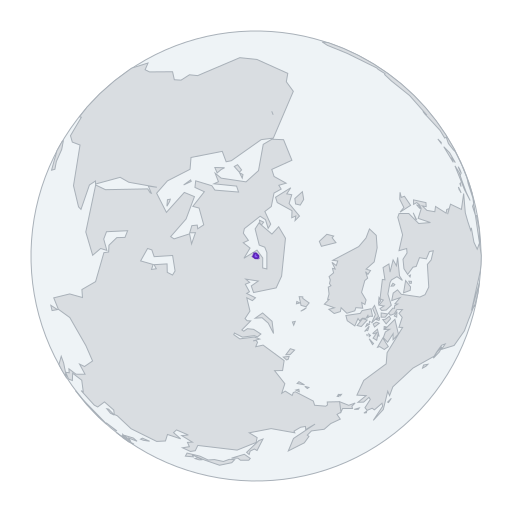 Pirkanmaa on an orthographic globe, rotated 139°
{"feature_id": "FIN-3186", "entity_name": "Pirkanmaa", "entity_type": "Region", "adm_level": 1, "iso_a3": "FIN", "parent_name": "Finland", "parent_adm1": "", "projection": "orthographic", "projection_center": [23.692, 61.717], "detail": "fine", "context": "on_globe", "style": "filled", "palette": "violet", "viewbox_px": 512, "rotation_deg": 139, "n_neighbors": 0, "source": "natural_earth", "source_scale": "10m", "svg_char_len": 12228}
<svg xmlns="http://www.w3.org/2000/svg" viewBox="0 0 512 512"><g transform="rotate(139 256 256)"><circle cx="256" cy="256" r="225" fill="#eef3f6" stroke="#a8b0b8"/><path d="M47.0,172.0L51.6,161.7L85.6,108.6L91.9,101.8L96.2,97.8L129.1,73.5L104.9,89.3L113.5,82.0L124.5,74.3L123.2,75.8L137.1,68.6L147.8,62.8L165.2,58.5L177.2,63.8L170.9,65.5L174.5,66.9L182.7,65.0L187.3,63.5L211.0,68.4L238.5,67.5L246.8,63.0L245.3,67.5L260.7,56.6L275.3,55.0L259.0,59.5L257.5,62.2L267.6,62.2L268.2,64.9L273.4,66.6L273.3,70.0L263.8,72.8L263.5,75.2L270.6,75.1L275.0,78.7L264.5,78.4L271.1,84.8L256.3,91.4L228.5,89.2L220.5,97.0L192.2,105.9L194.9,108.4L185.9,113.8L185.7,118.9L180.6,119.5L184.9,123.1L189.7,121.7L193.2,122.9L193.5,125.9L186.9,126.9L185.8,125.6L184.1,127.5L180.6,126.8L182.5,128.8L174.5,130.0L182.8,133.3L176.8,138.0L171.4,137.6L171.5,131.8L159.2,117.5L153.8,115.9L146.0,119.2L132.2,137.2L126.4,138.1L118.8,143.6L122.2,145.6L129.3,142.1L133.7,147.5L142.0,143.0L144.9,144.6L153.6,142.6L152.7,149.3L147.2,157.1L140.0,159.2L137.4,162.8L144.6,166.2L131.5,175.8L123.6,192.2L120.1,194.2L112.8,187.8L111.9,173.8L102.4,166.8L108.9,178.0L100.3,183.3L99.0,187.1L99.7,190.9L103.2,191.6L100.3,195.0L92.7,184.8L95.2,181.6L97.6,184.7L97.1,178.3L92.0,172.1L88.0,175.6L84.4,163.6L81.5,166.0L79.1,165.0L84.0,161.8L75.2,167.5L70.4,156.4L58.3,166.9L69.7,151.3L73.5,143.2L77.1,134.6L75.0,136.0L82.5,123.4L84.6,116.0L78.6,119.3L70.6,128.8L63.0,141.8L63.8,142.5L60.0,151.4L56.0,153.4L48.3,171.6L45.2,176.9L42.0,185.6L39.8,193.3L37.0,204.1L37.4,206.4L37.0,214.6L34.5,220.8L36.2,221.2L34.7,230.0L35.3,251.2L34.6,250.9L34.8,276.3L39.0,299.4L39.9,308.5L39.0,309.0L41.4,316.7L41.5,318.7L54.3,349.2L63.9,368.1L65.6,374.1L61.6,369.8L61.9,370.4L53.8,355.4L46.9,339.8L41.2,323.8L36.7,307.4L33.4,290.6L31.4,273.7L30.7,256.7L31.3,239.7L33.2,222.7L36.3,206.0L37.9,200.2L39.4,194.5L39.6,193.3L47.0,172.0ZM55.2,169.0L46.7,193.5L48.3,182.7L48.6,184.0L51.4,177.1L55.6,166.0L58.0,157.3L55.2,169.0ZM58.6,172.8L59.8,169.0L59.1,172.4L58.6,172.8ZM189.2,62.5L182.8,64.7L175.2,65.6L180.4,63.3L189.2,62.5ZM203.9,62.1L201.1,63.8L197.3,61.5L200.1,61.3L203.9,62.1ZM252.5,59.4L247.2,59.8L252.2,58.5L252.5,59.4ZM274.2,66.3L275.5,65.3L277.6,66.7L274.2,66.3ZM153.5,139.1L153.5,140.8L151.9,140.3L153.5,139.1ZM157.2,136.7L155.3,134.9L156.7,133.5L157.9,134.6L157.2,136.7ZM279.4,73.2L282.5,75.8L277.7,73.6L279.4,73.2ZM159.2,139.3L159.6,131.3L162.2,128.9L168.8,131.4L159.2,139.3ZM283.2,77.6L290.7,84.1L294.3,82.4L288.5,91.2L284.0,82.5L277.6,80.0L282.2,79.7L283.2,77.6ZM191.0,120.0L186.0,121.6L189.9,117.6L191.0,120.0ZM192.7,117.1L199.8,103.6L207.5,102.9L203.5,107.4L213.2,104.6L213.5,110.8L208.2,113.8L203.2,113.0L207.1,116.1L192.7,117.1ZM284.1,95.1L284.5,97.2L282.2,95.5L284.1,95.1ZM194.9,123.1L195.6,120.3L202.3,119.4L202.0,124.9L200.0,123.4L194.9,123.1ZM215.6,100.8L220.5,101.3L222.1,106.5L224.2,107.4L214.1,110.9L215.6,100.8ZM198.6,125.1L201.7,127.7L198.9,130.9L194.6,125.8L198.6,125.1ZM204.2,117.0L207.3,116.9L205.5,118.7L204.2,117.0ZM190.5,143.9L191.2,140.4L194.8,139.6L190.5,143.9ZM203.1,128.5L204.1,127.4L205.5,126.7L206.9,129.1L203.1,128.5ZM215.9,114.4L215.6,116.6L220.2,113.2L221.5,117.2L214.5,118.9L218.1,119.8L218.5,121.0L212.4,121.1L215.9,114.4ZM212.8,129.6L204.4,133.4L202.3,140.0L199.0,140.9L203.1,130.1L212.8,129.6ZM213.1,124.6L212.2,127.8L208.6,127.1L207.1,124.4L213.1,124.6ZM224.9,119.3L224.7,112.8L226.2,112.7L224.9,119.3ZM212.9,131.6L214.9,130.7L213.2,132.2L212.9,131.6ZM222.0,123.2L221.7,120.9L223.5,120.8L222.0,123.2ZM219.3,130.8L216.5,132.0L215.4,130.1L219.3,130.8ZM221.1,127.4L223.6,127.8L216.6,128.8L220.7,126.4L221.1,127.4ZM223.8,123.5L224.7,122.6L223.6,124.4L223.8,123.5ZM225.3,137.2L216.7,138.8L214.1,134.7L222.8,133.7L225.3,137.2ZM228.8,479.6L226.4,479.3L210.9,472.5L217.5,469.3L215.6,464.8L198.1,449.8L202.0,442.6L197.2,437.9L187.3,436.4L181.7,430.4L175.7,428.5L138.1,416.3L126.4,403.8L112.2,373.0L118.8,367.6L119.8,355.8L165.6,333.6L175.7,340.4L212.1,344.1L216.7,346.7L212.8,357.1L240.4,373.0L248.9,364.7L273.6,370.8L289.8,368.6L295.0,347.7L268.4,351.0L263.5,341.2L284.5,329.8L307.7,326.6L306.6,322.7L291.6,316.3L296.7,307.4L286.4,313.3L290.8,317.0L284.5,321.0L280.1,317.9L282.1,314.8L275.0,313.8L267.5,329.5L271.1,334.9L252.8,338.4L257.1,347.8L252.2,352.3L243.2,338.0L243.8,332.7L227.2,315.7L224.8,321.5L240.4,338.1L235.6,336.7L232.5,345.3L231.2,337.6L214.9,318.5L198.1,318.8L177.3,335.5L167.4,333.7L158.9,325.7L166.1,304.7L187.3,311.0L190.2,304.2L185.5,291.2L192.4,294.4L193.1,290.0L201.1,291.7L212.0,283.3L220.1,283.8L224.0,270.4L228.7,268.9L225.0,277.2L226.8,283.3L246.8,284.3L250.6,281.5L251.5,272.8L256.9,274.4L255.3,265.9L266.6,262.2L251.4,259.8L252.2,250.1L258.8,242.6L256.3,239.1L245.5,251.5L243.6,256.9L246.4,262.1L238.9,277.0L232.1,279.0L229.6,262.1L219.7,263.2L222.1,250.1L249.9,224.0L261.7,218.7L281.8,230.0L279.2,236.5L270.7,235.6L278.9,245.3L278.1,240.2L282.6,241.7L284.4,233.3L287.6,233.9L283.8,224.8L288.0,224.7L290.4,230.5L296.7,218.4L305.3,216.0L305.2,213.0L302.6,210.5L315.2,209.5L314.6,207.3L310.2,206.8L305.9,202.2L303.5,193.9L308.0,194.0L309.5,197.0L319.5,203.7L322.8,212.0L324.4,211.2L322.6,204.1L310.4,195.9L307.7,190.9L313.9,193.8L311.4,192.4L311.4,189.9L315.7,187.7L309.1,184.1L303.4,158.6L311.1,152.1L317.2,157.3L318.0,140.7L326.7,135.5L322.6,134.9L320.2,127.0L317.4,128.5L315.3,127.6L307.9,108.9L309.7,104.9L301.9,96.9L299.8,96.7L298.0,99.1L288.5,91.2L294.3,82.4L298.8,83.3L299.4,77.6L309.5,80.5L318.2,80.5L328.9,87.6L334.8,87.2L334.4,85.1L342.1,83.3L359.5,87.7L347.4,93.7L321.7,90.4L332.4,92.4L330.5,94.9L334.7,97.5L342.2,98.9L342.7,97.1L357.8,115.8L377.1,127.0L374.3,118.2L378.2,115.2L397.6,121.9L424.2,151.2L429.6,148.9L433.7,151.5L437.3,159.5L431.4,155.8L430.0,160.3L426.1,157.2L429.9,169.2L424.5,165.3L430.1,176.9L434.1,176.8L432.8,167.4L439.9,179.4L445.7,175.8L452.6,181.2L463.6,207.6L465.5,226.4L466.9,229.4L464.4,233.1L466.1,245.3L474.5,245.9L475.9,249.6L476.3,269.1L475.4,266.9L469.0,276.6L471.3,287.8L476.3,282.5L478.2,286.2L475.9,293.1L473.6,290.4L471.2,293.6L469.4,284.9L462.6,278.9L460.1,290.2L457.9,285.1L448.2,284.0L443.2,299.9L436.9,331.7L440.1,345.5L436.1,357.1L421.5,349.6L414.2,338.5L409.4,344.9L393.9,341.9L368.6,358.3L364.6,355.7L359.9,360.6L349.0,361.2L342.7,356.0L336.3,359.3L352.9,372.4L359.8,368.7L364.9,358.1L368.3,363.6L378.8,363.7L368.7,385.8L330.4,414.8L326.1,404.8L293.7,377.7L294.4,373.2L294.2,372.8L293.8,372.0L291.4,379.4L285.7,372.9L303.6,395.1L306.9,404.5L329.9,415.6L327.9,417.9L335.1,418.9L357.5,406.0L357.7,409.5L347.6,428.8L316.0,455.2L319.9,462.5L317.1,468.5L296.8,475.3L297.9,476.9L287.3,478.9L286.4,479.2L267.2,481.0L248.0,481.1L228.8,479.6ZM150.4,351.3L149.2,354.9L150.4,351.3ZM332.9,332.8L346.3,328.0L339.2,317.1L343.7,314.4L339.6,311.8L338.6,316.3L328.3,308.4L333.7,301.9L331.5,296.4L326.9,297.8L318.6,311.1L333.3,322.3L330.6,329.0L332.9,332.8ZM35.4,251.8L35.2,255.6L34.8,252.1L35.4,251.8ZM46.9,183.4L45.9,187.7L44.8,190.8L45.3,187.8L46.9,183.4ZM42.4,219.5L42.0,225.0L41.7,220.2L42.4,219.5ZM45.7,197.3L42.6,215.3L42.1,206.9L44.3,195.7L43.8,202.1L45.7,197.3ZM55.7,173.8L54.7,176.8L53.9,177.0L55.7,173.8ZM58.0,175.3L58.2,174.4L59.4,172.3L58.0,175.3ZM100.7,183.9L101.2,184.8L101.2,188.9L99.7,187.5L100.7,183.9ZM110.3,204.5L105.5,209.6L107.9,204.9L104.8,203.7L106.1,192.8L118.5,194.6L112.6,195.6L110.3,204.5ZM111.2,179.0L109.0,185.5L110.9,178.4L111.2,179.0ZM189.2,265.4L192.0,269.3L189.0,273.9L178.8,274.1L182.9,267.4L189.2,265.4ZM196.6,273.9L197.0,257.6L203.3,257.1L199.7,260.1L203.9,261.4L199.1,266.6L204.9,282.4L202.7,287.5L185.0,284.7L192.0,282.7L188.8,278.8L196.6,273.9ZM186.6,219.8L186.9,213.6L200.3,220.4L198.6,225.5L188.3,225.9L184.3,220.1L186.6,219.8ZM170.6,145.6L169.9,143.4L171.7,143.0L173.8,144.6L170.6,145.6ZM190.5,142.3L176.0,155.4L174.3,153.4L167.7,163.9L160.9,162.8L165.4,155.9L155.1,163.1L156.4,156.5L150.0,162.0L160.7,146.9L161.5,141.5L163.2,147.9L169.5,149.1L172.5,147.9L181.4,140.8L186.2,130.1L193.2,129.8L196.9,132.5L196.8,135.0L192.2,134.3L195.4,138.2L188.8,139.2L190.5,142.3ZM236.0,168.0L230.8,165.5L236.0,174.8L229.4,175.3L230.4,176.3L225.8,179.4L221.9,185.1L218.9,184.4L218.7,186.9L215.6,189.2L214.4,192.5L208.5,192.4L206.4,196.5L204.8,194.2L202.8,201.4L201.7,196.1L197.6,198.6L200.9,202.4L172.3,195.7L161.2,197.4L152.6,202.0L151.7,192.7L159.2,182.7L170.7,174.0L181.5,173.9L179.1,169.9L183.6,168.7L183.6,172.3L186.3,166.0L190.0,166.1L200.2,159.3L201.8,150.6L205.6,148.0L206.8,151.5L209.7,146.6L214.5,151.5L217.4,149.8L225.0,153.2L225.7,161.1L228.8,158.7L234.7,161.3L236.0,168.0ZM227.3,138.4L229.6,147.3L227.2,152.1L215.0,144.3L211.7,145.2L203.8,140.7L207.6,134.0L209.5,135.8L212.2,136.1L209.9,138.1L213.8,136.7L216.6,139.3L220.3,139.0L220.0,141.9L227.3,138.4ZM221.8,343.2L225.3,344.1L230.8,344.2L229.0,349.8L221.8,343.2ZM210.4,330.4L213.6,330.2L213.7,337.8L210.0,337.0L210.4,330.4ZM215.3,323.8L213.8,329.6L212.4,326.0L215.3,323.8ZM228.0,276.5L231.3,275.9L231.7,277.9L229.9,280.8L228.0,276.5ZM250.1,197.0L247.5,194.5L248.5,193.3L246.7,185.7L251.5,184.9L254.4,189.2L250.1,197.0ZM290.6,352.0L285.9,356.6L283.4,355.1L285.5,353.8L290.6,352.0ZM256.0,354.8L264.0,357.1L255.4,356.3L256.0,354.8ZM255.0,194.9L253.7,191.8L256.9,193.4L255.0,194.9ZM254.8,184.0L258.5,185.0L251.8,183.9L254.8,184.0ZM354.0,454.9L337.1,466.1L327.0,469.7L325.9,469.3L332.7,463.9L344.7,458.3L350.9,453.4L354.0,454.9ZM477.5,296.8L475.9,303.4L468.8,308.1L471.4,301.4L478.0,289.8L477.7,292.6L479.0,287.8L478.7,290.2L477.5,296.8ZM480.6,273.0L480.5,271.6L480.6,266.2L480.9,261.3L479.2,231.3L479.2,227.0L480.5,237.5L480.5,236.9L481.3,254.9L480.6,273.0ZM441.0,345.8L445.7,348.6L443.2,353.4L441.0,345.8ZM476.3,216.1L478.5,228.5L475.7,215.2L476.3,216.1ZM473.3,206.1L474.3,207.9L473.6,208.9L473.3,206.1ZM469.0,232.8L468.8,238.6L467.7,237.1L467.3,228.8L469.0,232.8ZM457.8,186.0L461.9,190.8L463.3,193.5L461.2,193.0L457.8,186.0ZM293.6,186.0L290.8,197.3L291.9,205.4L297.4,209.6L288.4,208.7L286.7,196.2L293.6,186.0ZM301.7,161.8L296.8,158.5L299.6,156.9L301.1,157.5L301.7,161.8ZM298.2,161.9L290.9,163.5L288.6,159.7L294.9,159.2L298.2,161.9ZM273.0,179.0L271.8,182.3L269.3,180.9L273.0,179.0ZM475.7,206.0L475.8,207.6L477.2,214.5L473.4,198.2L473.9,198.9L474.5,201.3L475.7,206.0ZM474.1,202.1L475.5,208.5L473.3,200.1L474.1,202.1ZM475.2,208.5L474.2,206.3L473.7,202.7L475.2,208.5ZM473.6,199.6L471.5,194.1L472.2,194.8L473.6,199.6ZM471.5,202.1L472.3,197.9L473.1,207.2L468.0,199.1L467.3,194.2L471.5,202.1ZM434.9,143.1L432.2,142.1L430.1,137.4L432.6,139.4L434.9,143.1ZM420.8,122.0L428.7,135.8L434.6,147.5L435.1,145.5L440.6,151.3L437.3,152.5L429.6,141.7L426.0,133.5L420.9,129.6L415.4,122.3L409.6,120.1L405.7,116.3L409.9,115.9L420.8,122.0ZM407.1,119.5L394.9,114.0L393.1,107.0L395.4,106.6L401.7,112.0L402.3,115.3L407.1,119.5ZM391.4,110.7L391.9,114.0L374.9,114.8L370.8,113.3L382.8,108.5L383.9,111.4L388.4,112.6L391.4,110.7ZM286.8,96.8L284.7,97.2L285.7,95.5L286.8,96.8ZM313.9,128.7L311.1,127.3L312.4,125.2L313.9,128.7ZM304.2,122.3L304.7,125.6L302.3,122.1L304.2,122.3ZM306.0,133.0L303.9,126.9L308.6,132.8L306.0,133.0Z" fill="#d9dde1" stroke="#a8b0b8" stroke-width="1"/><path d="M256.6,253.5L256.7,253.8L256.8,253.8L257.0,253.9L257.1,254.0L257.3,254.3L257.4,254.2L257.5,254.1L257.7,254.3L257.8,254.4L257.8,254.5L258.0,254.7L258.2,254.8L258.3,255.1L258.3,255.4L258.3,255.5L258.4,255.8L258.3,256.0L258.4,256.3L258.2,256.2L258.1,256.3L258.1,256.5L258.3,256.5L258.3,256.8L258.4,257.0L258.2,256.9L258.2,257.0L258.3,257.1L258.3,257.3L258.3,257.5L258.2,257.7L258.1,257.8L258.1,257.7L257.9,257.7L257.7,257.6L257.3,257.9L257.2,257.9L257.1,258.0L256.9,258.2L256.8,258.3L256.6,258.3L256.5,258.5L256.2,258.5L256.3,258.7L256.3,258.8L256.3,259.0L256.2,258.8L255.9,258.8L255.6,258.9L255.6,259.0L255.5,258.9L255.3,258.8L255.2,258.7L255.1,258.8L255.0,258.7L254.9,258.7L254.7,258.7L254.6,258.4L254.5,258.2L254.4,257.9L254.2,257.8L254.0,257.7L253.9,257.6L253.9,257.4L253.9,257.2L253.9,257.3L254.0,257.3L254.0,257.2L254.1,256.9L254.0,256.7L254.1,256.4L254.2,256.2L254.1,255.9L254.3,255.8L254.4,255.7L254.2,255.4L254.3,255.4L254.2,255.3L254.2,255.2L253.9,254.9L254.0,254.8L254.0,254.7L254.3,254.7L254.3,254.4L254.4,254.2L254.5,254.2L254.4,253.9L254.6,253.8L254.8,253.7L255.0,253.6L255.3,253.3L255.3,253.2L255.4,253.3L255.5,253.4L255.9,253.2L256.0,253.2L256.3,253.0L256.4,253.3L256.5,253.4L256.6,253.5Z" fill="#8b5cf6" stroke="#5b21b6" stroke-width="1.5"/></g></svg>